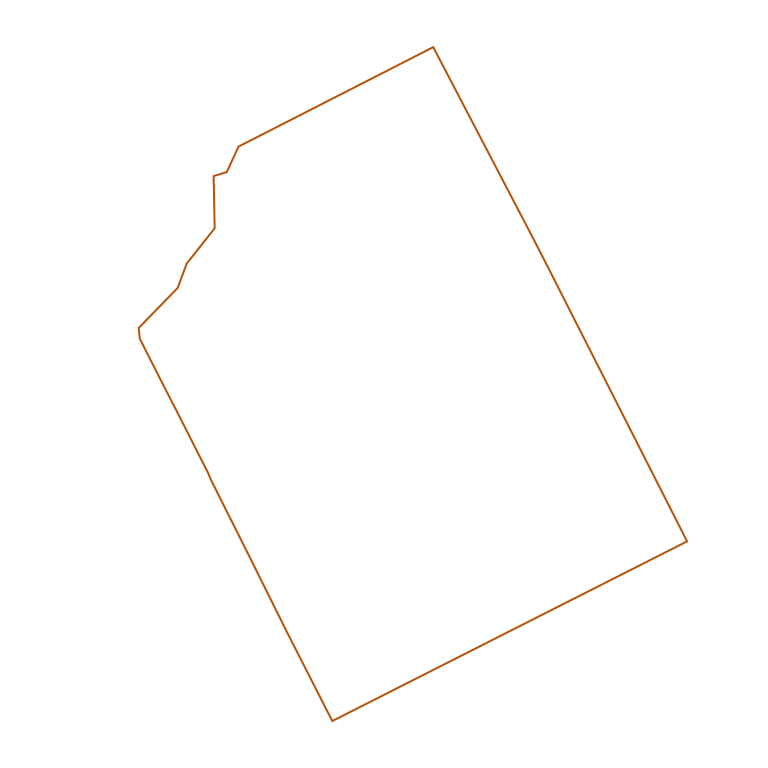 outline of Harper, Oklahoma, United States of America, rotated 243°
{"feature_id": "52423323B3736595899391", "entity_name": "Harper", "entity_type": "district", "adm_level": 2, "iso_a3": "USA", "parent_name": "United States of America", "parent_adm1": "Oklahoma", "projection": "natural_earth1", "projection_center": [-99.604, 36.797], "detail": "fine", "context": "isolated", "style": "outline", "palette": "amber", "viewbox_px": 768, "rotation_deg": 243, "n_neighbors": 0, "source": "geoboundaries", "source_scale": "gbopen_adm2", "svg_char_len": 526}
<svg xmlns="http://www.w3.org/2000/svg" viewBox="0 0 768 768"><g transform="rotate(243 384 384)"><path d="M107.2,184.9L106.2,582.6L418.3,583.1L446.7,583.0L661.8,580.8L661.6,362.2L644.2,340.1L646.6,326.6L599.6,303.8L580.9,262.9L563.3,243.8L545.3,190.9L535.3,187.0L513.3,186.9L500.7,186.9L498.9,186.9L497.8,186.9L494.3,186.9L468.8,186.9L455.5,187.0L402.7,186.9L384.5,186.9L377.4,186.3L286.1,185.7L285.6,185.7L276.9,185.6L206.8,184.9L112.9,184.9L108.2,184.9L107.2,184.9Z" fill="none" stroke="#b45309" stroke-width="2"/></g></svg>